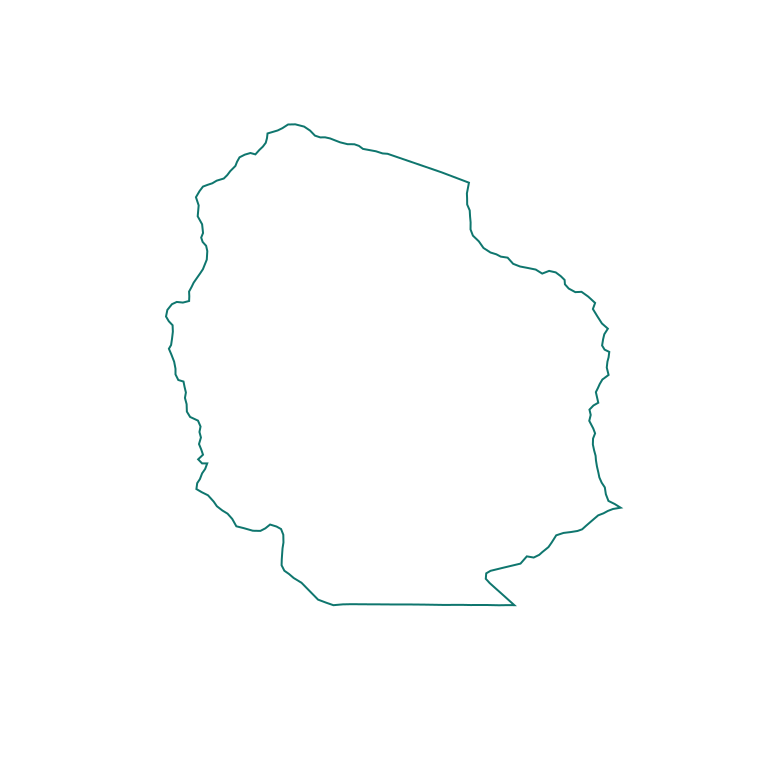 the district of Ocara, Ceará, Brazil, rotated 127°
{"feature_id": "56859067B33853151624364", "entity_name": "Ocara", "entity_type": "district", "adm_level": 2, "iso_a3": "BRA", "parent_name": "Brazil", "parent_adm1": "Ceará", "projection": "natural_earth1", "projection_center": [-38.509, -4.524], "detail": "fine", "context": "isolated", "style": "outline", "palette": "teal", "viewbox_px": 768, "rotation_deg": 127, "n_neighbors": 0, "source": "geoboundaries", "source_scale": "gbopen_adm2", "svg_char_len": 3022}
<svg xmlns="http://www.w3.org/2000/svg" viewBox="0 0 768 768"><g transform="rotate(127 384 384)"><path d="M279.9,629.7L284.6,633.2L289.9,635.8L295.0,635.1L299.3,633.9L306.5,634.9L311.5,634.9L316.3,635.6L322.3,640.0L327.0,641.9L330.9,644.6L335.3,647.4L341.0,647.4L348.0,646.6L352.9,639.5L362.2,633.7L365.9,625.4L372.3,619.4L377.1,618.1L379.7,614.3L380.7,609.2L384.2,605.1L391.3,600.4L401.3,597.7L406.4,597.4L412.3,597.2L417.6,597.0L422.2,596.1L427.5,595.3L431.1,592.3L435.0,589.6L440.0,593.6L443.2,598.9L447.9,601.4L455.2,601.6L461.3,598.7L463.4,593.6L464.3,588.2L469.3,584.1L475.3,580.6L481.0,577.5L485.3,577.0L488.4,571.6L492.5,565.0L497.3,559.7L501.8,556.3L504.6,550.7L502.7,545.6L506.2,541.7L510.0,537.1L514.9,534.6L518.9,529.5L524.7,524.8L527.0,519.0L525.2,510.5L528.4,504.9L533.4,502.5L536.9,498.0L543.3,495.6L546.4,490.4L549.4,486.0L556.0,487.1L556.9,481.5L553.8,477.4L559.5,475.7L564.8,475.5L570.7,473.8L575.6,473.5L580.8,470.6L580.1,464.5L578.8,457.6L580.4,449.3L582.2,443.9L582.3,437.0L581.7,430.9L583.1,424.0L586.5,416.3L583.5,409.2L580.1,400.4L575.7,394.3L570.7,391.9L564.8,390.4L562.5,384.0L561.8,378.9L565.0,373.7L571.1,368.9L576.2,366.2L581.0,363.1L585.6,360.1L590.4,356.7L593.1,351.2L592.9,345.6L593.3,339.5L592.4,330.2L593.8,320.9L595.9,306.9L593.4,298.4L591.1,291.3L584.8,284.3L579.2,277.2L573.9,270.0L565.4,258.6L560.7,252.3L552.7,241.5L545.8,232.4L536.2,219.4L525.2,204.3L512.8,187.9L508.4,181.8L499.5,170.1L491.5,159.0L486.5,152.6L482.2,146.8L480.6,165.2L480.1,171.5L479.4,179.7L478.3,185.5L473.7,188.4L469.1,186.5L458.6,177.9L445.3,166.9L435.7,166.2L432.5,160.0L427.0,157.2L422.9,156.4L415.3,154.5L409.6,154.7L401.2,155.4L394.9,151.0L389.9,145.8L384.9,141.0L380.8,138.3L375.6,137.3L370.0,136.1L365.4,135.1L360.0,133.9L355.2,130.9L350.6,128.8L346.0,125.9L340.4,120.6L341.0,127.5L342.3,134.4L338.5,140.5L333.7,145.4L331.8,150.8L329.0,155.8L325.9,159.3L321.7,164.3L317.4,168.8L314.0,171.8L310.6,176.2L306.6,180.8L301.8,184.2L296.4,185.7L293.6,190.1L289.9,197.9L284.3,200.3L280.8,204.5L275.1,203.8L270.0,201.6L266.3,206.0L263.0,209.9L258.6,210.7L254.2,211.7L249.0,212.3L241.6,210.1L236.8,216.0L231.7,219.0L227.5,220.7L222.8,223.4L223.8,228.5L222.0,233.0L216.5,235.9L211.7,238.0L205.1,238.5L204.5,246.4L201.6,254.2L198.4,262.3L192.2,264.2L191.3,273.5L191.5,281.7L195.5,286.5L196.6,293.9L195.5,299.5L192.2,302.4L191.5,307.7L191.5,314.0L194.3,320.2L200.6,324.1L201.3,331.7L204.8,339.0L208.3,346.1L210.3,353.2L208.7,361.3L212.0,367.4L212.8,372.3L214.9,378.1L215.5,386.4L213.0,394.1L212.0,402.3L208.5,407.9L202.8,412.1L198.4,416.1L193.8,420.0L190.6,425.6L185.8,429.3L181.9,432.5L176.4,435.2L172.1,437.3L180.3,465.4L198.0,519.7L200.7,523.9L203.0,530.5L206.4,537.3L208.9,542.3L208.9,547.3L210.4,552.0L214.4,557.4L217.4,564.5L219.0,570.1L220.3,574.8L222.5,579.6L225.4,583.3L227.2,588.6L226.1,595.5L226.5,602.7L230.0,611.1L234.5,616.8L240.8,619.1L245.5,621.5L250.1,624.9L254.0,627.8L258.1,625.4L262.5,623.6L267.3,623.6L272.1,624.4L278.0,624.9L279.9,629.7Z" fill="none" stroke="#0f766e" stroke-width="2"/></g></svg>